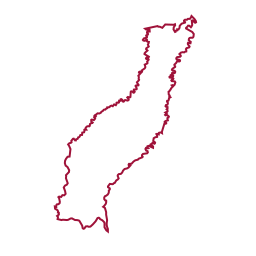 Sochiapa, Veracruz, Mexico, rotated 259°
{"feature_id": "50627088B39448172692324", "entity_name": "Sochiapa", "entity_type": "district", "adm_level": 2, "iso_a3": "MEX", "parent_name": "Mexico", "parent_adm1": "Veracruz", "projection": "albers", "projection_center": [-96.916, 19.171], "detail": "fine", "context": "isolated", "style": "outline", "palette": "rose", "viewbox_px": 256, "rotation_deg": 259, "n_neighbors": 0, "source": "geoboundaries", "source_scale": "gbopen_adm2", "svg_char_len": 5897}
<svg xmlns="http://www.w3.org/2000/svg" viewBox="0 0 256 256"><g transform="rotate(259 128 128)"><path d="M123.3,66.1L121.6,66.8L118.3,67.5L111.1,65.2L111.3,63.2L109.6,61.3L107.9,60.0L105.6,59.3L103.0,59.6L101.2,61.2L97.8,62.2L96.0,61.6L93.5,58.1L92.4,58.1L90.6,57.5L85.3,58.3L84.0,57.1L83.5,55.2L81.9,53.6L78.1,54.2L75.3,54.2L74.1,52.6L74.6,50.8L73.1,49.3L73.8,47.3L73.4,46.5L72.1,47.0L68.5,47.0L67.2,46.5L66.5,45.2L66.6,43.6L66.3,43.2L65.1,42.6L64.2,42.5L64.9,41.2L62.7,41.0L60.8,43.1L59.3,43.5L58.4,43.1L57.9,43.9L56.2,43.6L55.2,41.6L54.0,42.3L52.0,41.5L50.3,45.2L50.4,46.5L49.3,50.5L49.3,51.8L50.1,54.3L50.0,55.7L47.8,58.4L47.3,60.5L46.6,62.1L46.0,62.6L40.9,64.4L38.3,64.4L37.6,65.0L37.7,66.0L39.4,67.7L39.3,69.4L38.5,70.7L38.4,72.3L40.1,75.1L42.6,78.4L45.4,80.9L45.5,82.2L45.0,82.8L43.9,83.2L42.4,85.1L40.4,86.5L39.2,86.8L35.0,86.0L31.7,87.2L30.2,88.5L32.7,89.0L34.9,88.6L36.9,88.6L38.9,89.0L41.5,89.9L47.1,90.0L49.6,90.5L53.9,90.1L55.4,88.6L56.1,89.8L57.9,91.8L59.5,92.5L60.9,92.7L61.2,91.9L62.7,91.1L64.3,91.4L65.4,92.3L65.7,93.7L66.6,95.5L67.9,96.6L69.2,97.1L70.2,97.2L71.2,98.4L72.2,98.6L73.7,97.1L74.5,97.2L76.6,99.5L75.8,102.0L75.9,102.8L76.5,103.4L76.6,104.5L78.8,106.5L79.4,108.1L80.3,109.2L83.0,108.7L83.8,109.1L84.5,110.2L84.3,112.2L85.4,113.8L87.1,115.0L88.4,116.8L88.5,119.3L89.1,121.0L89.7,121.8L90.3,121.7L90.2,122.4L90.6,123.0L91.2,122.2L92.1,121.7L92.6,122.1L92.2,124.6L94.0,127.0L94.9,129.0L95.0,131.6L95.8,132.6L96.5,136.5L96.9,136.9L97.9,136.4L98.8,136.6L99.7,137.8L99.5,141.9L100.2,142.8L101.5,142.8L102.4,141.5L104.1,141.1L105.0,141.8L104.3,143.4L104.3,144.0L105.7,143.2L106.4,143.6L106.5,144.9L103.8,148.8L105.1,149.1L105.9,148.5L107.3,146.8L107.7,147.1L107.9,148.5L108.7,149.1L108.3,150.0L107.5,150.8L107.7,151.4L108.4,151.8L109.3,151.4L109.8,150.5L110.5,150.3L113.1,151.3L113.7,153.0L113.7,154.9L114.9,155.2L116.6,154.7L116.7,155.3L115.9,157.0L117.0,157.1L117.4,157.5L117.4,159.4L116.5,160.4L117.7,160.5L125.8,164.8L125.0,165.8L125.2,166.4L125.7,166.5L126.5,165.8L127.3,165.4L127.7,166.3L127.9,168.6L129.5,168.4L130.5,168.8L130.6,169.8L131.5,170.3L133.2,169.0L133.3,167.2L133.8,166.9L135.1,168.8L136.1,167.7L136.8,170.0L138.2,170.2L139.0,169.5L139.8,170.6L141.0,170.8L141.5,169.5L142.3,169.0L143.3,169.7L143.3,171.1L144.4,171.8L145.5,171.9L146.4,171.3L147.2,171.6L147.2,172.9L148.1,173.5L149.5,173.9L150.1,175.5L151.3,174.6L152.0,175.1L153.1,174.4L155.8,174.7L156.2,175.7L156.8,176.0L157.7,177.3L158.5,177.6L160.1,179.9L161.5,179.1L161.6,180.0L161.0,181.1L161.6,182.0L163.8,183.2L164.8,182.8L165.7,179.9L166.4,179.6L167.0,180.2L167.3,181.6L167.8,182.0L168.3,181.8L168.6,181.6L169.6,178.5L170.2,178.4L171.0,179.8L171.7,179.9L172.0,180.5L170.3,181.6L170.3,182.2L171.0,182.4L172.4,181.7L173.5,181.7L173.8,182.7L173.0,183.8L173.2,184.6L174.1,185.1L175.2,184.7L176.1,182.6L176.7,182.2L177.3,182.5L178.0,183.6L178.9,185.9L179.6,186.1L180.4,185.6L181.3,185.6L182.7,187.7L184.1,188.9L183.5,191.1L183.7,191.7L184.5,192.0L185.1,191.5L186.2,188.8L186.8,188.6L187.7,189.0L188.2,189.8L188.0,192.8L188.5,193.5L189.2,193.6L190.8,192.6L191.9,194.3L192.0,196.2L191.5,197.5L192.0,198.5L192.0,199.8L193.3,200.1L194.4,199.9L195.2,200.7L195.5,203.5L196.3,204.0L198.7,202.8L199.8,202.9L200.2,203.2L199.3,205.5L199.9,205.8L200.7,206.0L201.6,205.0L202.7,204.4L204.0,204.9L204.6,205.6L204.7,206.9L204.3,208.2L204.5,209.1L205.2,209.7L207.7,210.5L210.0,209.4L214.6,204.0L215.3,204.2L216.0,205.5L217.0,206.5L216.7,207.7L214.9,209.0L215.5,209.7L216.9,210.7L221.2,211.1L221.3,212.0L220.7,212.8L219.2,213.2L218.5,214.0L218.8,215.0L220.0,215.0L222.4,214.0L225.8,211.7L224.4,210.8L223.3,209.5L223.7,207.6L223.0,206.5L223.4,204.6L222.8,203.5L222.0,203.4L221.0,204.3L220.6,204.1L220.2,200.7L219.5,199.6L218.3,198.2L216.5,197.7L215.1,196.4L215.5,195.1L214.4,194.9L214.4,193.4L213.4,193.1L213.3,192.5L216.1,191.5L218.1,192.1L219.9,193.9L220.9,193.9L220.6,192.7L222.5,184.3L219.8,180.8L221.3,178.6L221.7,177.0L222.4,176.5L222.2,163.8L221.1,164.7L220.3,167.9L218.6,167.7L218.9,165.6L218.6,165.0L217.7,164.8L217.1,165.5L216.3,165.6L215.8,165.2L215.6,163.8L215.1,163.4L213.9,164.1L213.2,163.8L212.9,160.6L211.6,159.4L211.0,159.7L210.5,160.6L210.4,161.5L211.2,162.8L210.9,163.4L209.5,163.2L209.0,163.6L208.5,164.9L207.3,164.4L206.1,163.4L204.0,163.9L202.7,161.1L202.0,160.8L200.3,161.9L199.0,159.6L198.1,158.5L197.4,158.3L194.0,162.1L193.0,161.4L193.6,159.6L193.2,159.1L192.7,158.9L192.0,159.5L191.6,161.1L191.1,161.3L189.4,159.4L188.1,159.6L187.7,159.2L187.0,156.5L184.9,156.7L184.1,156.5L183.3,155.7L181.9,152.6L180.7,152.6L180.2,152.1L180.2,151.5L181.1,150.7L180.9,149.6L180.3,149.3L179.2,150.6L177.3,148.1L176.0,148.4L174.1,147.8L173.2,148.1L172.7,147.7L171.2,145.5L170.0,145.8L168.4,146.6L167.9,146.4L167.8,145.8L168.3,144.2L167.8,143.4L165.4,144.1L164.6,144.0L164.4,143.7L164.6,141.1L163.9,140.9L162.3,141.5L161.5,140.4L161.8,139.9L163.0,139.2L163.4,138.1L163.0,137.6L158.0,136.3L157.7,135.6L158.5,133.8L158.1,133.1L156.4,134.0L155.6,134.1L155.2,133.7L155.0,132.8L156.0,130.5L155.7,129.8L154.8,129.0L154.7,128.4L155.1,127.9L156.7,127.8L157.6,127.0L157.6,126.4L156.3,126.3L156.1,126.0L156.6,125.1L156.6,124.5L154.8,124.0L154.6,123.6L155.1,122.2L155.0,121.6L153.4,121.1L152.7,120.4L153.8,118.9L152.3,117.2L153.1,116.2L152.9,114.8L152.0,113.8L152.2,111.5L151.4,111.4L151.1,110.1L150.4,109.3L150.6,108.4L150.5,107.6L149.7,106.8L148.9,104.8L148.2,104.3L147.7,102.7L148.2,100.9L147.3,99.3L146.8,97.8L146.4,97.4L145.6,98.6L145.2,98.2L144.8,96.9L143.5,97.5L142.9,96.9L142.3,96.1L143.2,94.0L142.9,93.4L141.2,93.2L140.1,94.4L139.7,94.0L139.8,93.0L139.1,91.4L137.4,90.9L137.0,90.2L137.4,89.3L137.4,88.2L136.5,86.7L135.6,86.1L134.3,86.7L134.5,84.8L132.9,84.5L132.2,84.1L132.2,82.2L130.0,81.6L130.2,79.9L128.7,78.8L128.3,78.1L128.3,77.3L127.0,76.5L126.7,74.5L125.8,74.4L125.9,73.7L127.9,72.7L127.9,71.9L126.2,69.9L124.8,69.9L124.4,69.3L124.2,67.4L123.3,66.1Z" fill="none" stroke="#9f1239" stroke-width="2"/></g></svg>